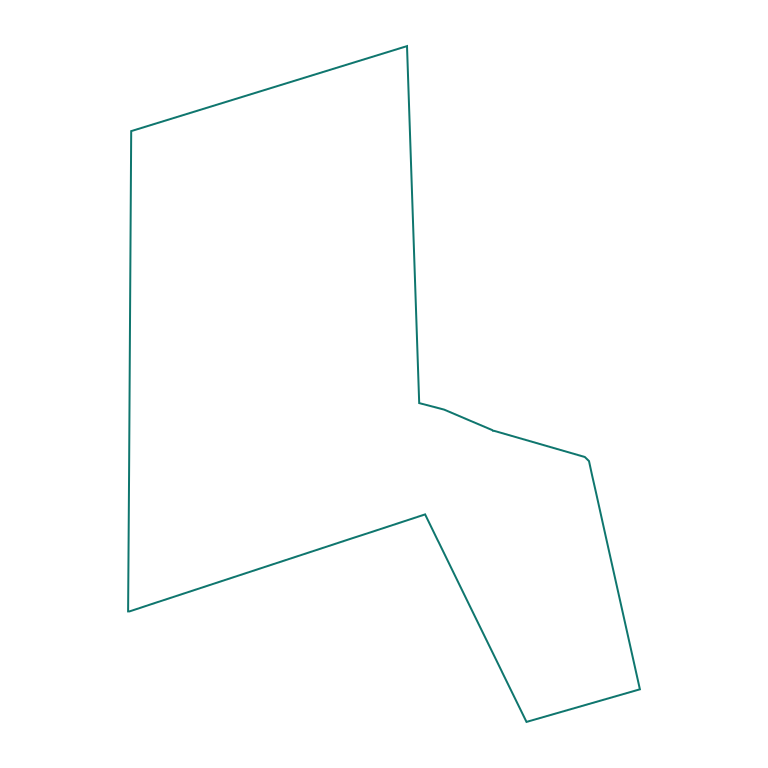 the district of Bindura Urban, Mashonaland Central, Zimbabwe
{"feature_id": "62879985B95649455057602", "entity_name": "Bindura Urban", "entity_type": "district", "adm_level": 2, "iso_a3": "ZWE", "parent_name": "Zimbabwe", "parent_adm1": "Mashonaland Central", "projection": "orthographic", "projection_center": [31.346, -17.309], "detail": "fine", "context": "isolated", "style": "outline", "palette": "teal", "viewbox_px": 768, "rotation_deg": 0, "n_neighbors": 0, "source": "geoboundaries", "source_scale": "gbopen_adm2", "svg_char_len": 486}
<svg xmlns="http://www.w3.org/2000/svg" viewBox="0 0 768 768"><path d="M129.1,470.2L128.1,611.4L129.5,611.4L155.5,602.8L351.8,538.4L362.0,535.1L403.8,521.4L425.1,514.4L437.9,540.7L438.3,541.4L469.7,605.8L501.7,671.2L502.2,672.3L526.5,721.9L639.9,689.3L606.0,537.6L596.1,493.0L592.1,475.4L589.0,461.1L584.8,457.0L494.3,430.9L492.9,430.8L492.5,430.2L468.7,420.1L444.1,409.6L419.2,403.1L407.0,46.1L131.2,131.1L130.0,322.9L129.1,470.2Z" fill="none" stroke="#0f766e" stroke-width="2"/></svg>